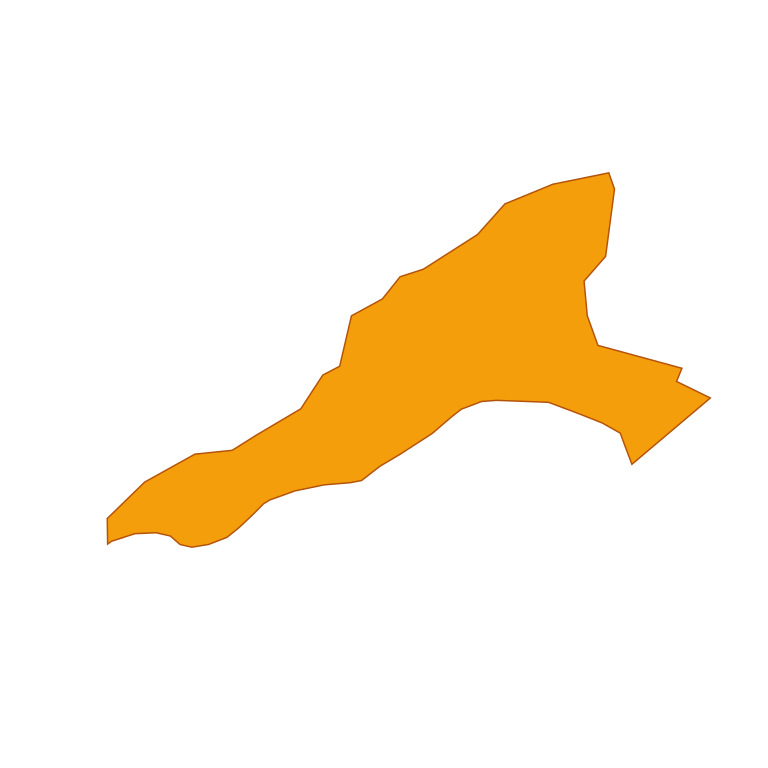 Muzrabad, Surkhandarya, Uzbekistan, rotated 344°
{"feature_id": "79887680B13108405395902", "entity_name": "Muzrabad", "entity_type": "district", "adm_level": 2, "iso_a3": "UZB", "parent_name": "Uzbekistan", "parent_adm1": "Surkhandarya", "projection": "natural_earth1", "projection_center": [66.881, 37.423], "detail": "fine", "context": "isolated", "style": "filled", "palette": "amber", "viewbox_px": 768, "rotation_deg": 344, "n_neighbors": 0, "source": "geoboundaries", "source_scale": "gbopen_adm2", "svg_char_len": 840}
<svg xmlns="http://www.w3.org/2000/svg" viewBox="0 0 768 768"><g transform="rotate(344 384 384)"><path d="M674.7,451.0L600.3,405.9L598.2,374.4L604.7,340.2L632.2,322.4L659.3,260.2L658.3,243.0L601.4,238.5L549.9,244.2L515.1,266.1L453.4,284.5L429.1,285.3L405.9,301.8L371.5,309.5L346.3,354.7L327.7,358.5L297.2,384.9L247.0,398.0L219.8,405.9L182.9,399.3L127.0,412.3L80.9,437.0L74.2,461.7L78.7,460.1L103.3,459.2L124.0,464.2L136.7,471.2L143.6,481.9L145.2,482.9L154.3,487.9L171.1,489.9L190.8,488.1L204.6,482.3L221.5,473.6L235.3,465.9L242.2,464.0L268.8,462.2L298.4,464.4L324.0,469.5L335.8,470.6L357.5,461.9L379.3,456.2L416.8,444.8L439.6,434.3L451.4,429.5L473.1,427.7L487.9,430.8L537.0,446.9L562.5,465.8L583.0,481.6L597.6,496.4L598.5,509.2L600.2,529.5L693.8,487.4L665.9,462.2L674.7,451.0Z" fill="#f59e0b" stroke="#b45309" stroke-width="1.5"/></g></svg>